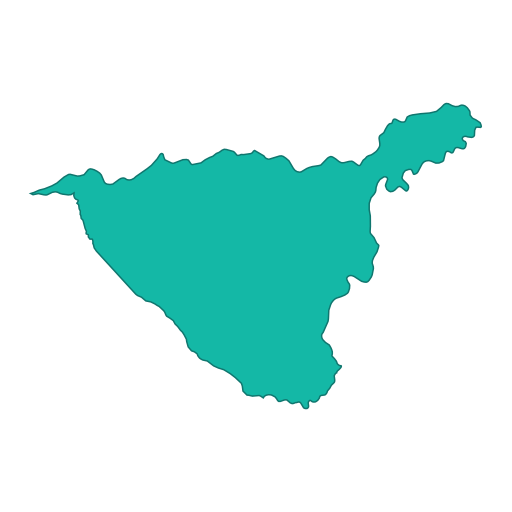 outline of Arenal, Yoro, Honduras
{"feature_id": "27666195B63799157965046", "entity_name": "Arenal", "entity_type": "district", "adm_level": 2, "iso_a3": "HND", "parent_name": "Honduras", "parent_adm1": "Yoro", "projection": "natural_earth1", "projection_center": [-86.801, 15.351], "detail": "fine", "context": "isolated", "style": "filled", "palette": "teal", "viewbox_px": 512, "rotation_deg": 0, "n_neighbors": 0, "source": "geoboundaries", "source_scale": "gbopen_adm2", "svg_char_len": 6066}
<svg xmlns="http://www.w3.org/2000/svg" viewBox="0 0 512 512"><path d="M336.7,372.8L336.8,371.8L337.5,370.9L339.3,369.3L340.9,367.5L341.3,366.6L341.3,366.0L341.0,365.7L340.2,365.7L338.9,365.2L337.7,364.2L337.1,363.4L336.8,362.2L336.2,361.0L334.4,358.6L332.2,356.3L331.9,355.3L332.3,354.1L332.3,351.8L331.7,349.7L330.8,347.6L329.3,345.0L325.5,342.5L323.0,339.9L322.3,338.8L321.8,337.5L321.6,336.1L321.7,334.8L322.1,333.8L323.2,332.3L328.0,321.4L328.4,319.0L328.8,310.2L330.6,304.7L331.5,302.8L333.5,300.2L335.2,298.8L336.5,298.1L341.1,296.6L344.9,295.0L347.5,293.2L348.4,291.9L349.5,288.5L349.7,285.3L349.4,284.1L348.0,282.1L346.9,279.6L346.7,278.2L347.3,277.1L348.3,276.2L349.4,275.7L350.9,275.5L352.2,275.7L354.2,276.5L361.6,281.3L364.1,282.0L366.2,282.2L367.7,281.7L369.1,280.3L371.3,277.0L372.2,274.8L373.4,268.6L373.3,266.7L372.2,263.2L372.4,260.7L373.8,257.2L377.0,251.8L378.4,247.5L378.8,245.7L378.6,245.1L376.6,243.1L374.0,237.6L370.6,233.6L370.3,232.9L370.1,231.4L370.4,226.3L370.3,215.9L369.2,209.7L369.2,204.1L369.3,203.0L371.0,197.8L374.2,194.0L375.4,192.0L375.8,190.5L376.1,187.4L377.5,183.1L379.9,179.5L383.8,176.9L384.8,176.8L385.7,176.9L386.5,177.2L387.1,177.7L387.5,178.5L387.6,179.4L385.7,184.5L385.5,185.9L386.8,189.2L388.7,190.9L390.4,191.7L392.8,191.3L394.8,190.1L397.9,187.0L399.5,186.4L400.4,186.7L401.6,187.4L405.7,190.8L406.7,191.0L407.6,190.2L408.3,188.9L408.6,187.4L408.4,185.9L408.1,185.2L406.6,183.4L402.9,179.8L402.3,178.7L402.0,177.7L403.3,173.1L405.3,170.6L408.8,169.4L410.8,169.4L411.8,170.2L413.5,174.1L414.1,174.3L415.5,173.9L416.8,173.2L417.9,171.9L422.0,164.1L423.4,162.4L424.7,161.5L426.6,160.8L429.0,160.6L431.1,161.1L435.8,163.1L439.0,163.0L442.2,161.7L443.5,160.7L445.3,153.5L445.9,152.2L446.6,151.5L447.4,151.3L448.5,151.4L450.0,152.0L451.2,152.8L451.9,152.9L452.7,152.6L453.2,152.0L454.6,149.0L455.2,148.2L456.0,147.7L457.0,147.5L458.3,147.6L461.5,148.6L462.9,148.8L463.7,148.7L464.5,148.3L465.6,146.7L466.0,144.8L466.2,143.3L465.3,141.6L463.4,140.7L462.6,139.7L462.2,138.6L462.7,137.4L463.7,136.6L465.1,136.3L466.2,136.4L467.8,136.9L471.7,137.4L473.2,136.9L473.9,136.3L474.4,135.5L474.7,130.1L476.0,127.3L477.7,127.1L480.5,127.4L481.1,127.0L481.3,126.4L480.9,124.6L480.1,122.7L475.8,119.8L473.0,118.5L472.1,117.8L470.1,115.1L469.9,111.8L469.5,110.8L467.3,107.8L465.3,106.1L463.7,105.4L461.9,105.1L460.5,105.4L458.3,106.4L455.3,106.6L452.2,105.7L448.3,103.7L446.2,103.5L445.1,103.9L443.9,104.7L441.2,107.5L436.5,111.4L429.7,113.0L420.8,113.7L412.4,114.9L409.5,115.7L407.2,117.0L405.6,120.6L405.0,121.5L404.4,121.9L403.1,122.1L401.3,122.0L399.2,121.2L395.8,119.3L394.6,119.1L393.8,119.3L393.1,120.0L392.0,123.0L391.2,123.5L390.1,123.6L389.2,124.0L387.6,125.6L385.5,129.2L383.8,132.7L380.2,135.4L379.6,136.1L379.2,137.2L379.1,138.6L379.8,143.5L379.8,145.5L379.2,147.3L377.3,150.2L375.9,151.7L372.9,153.9L371.2,154.9L368.4,155.8L366.7,156.8L365.3,158.5L363.2,160.2L360.6,164.6L360.0,165.3L359.4,165.6L358.0,165.3L353.5,162.0L351.9,161.2L349.2,161.4L344.0,162.7L342.3,162.8L341.0,162.6L338.9,161.5L335.8,159.0L333.3,157.4L331.8,156.7L330.5,156.6L329.0,157.2L327.6,158.1L320.8,165.1L318.3,165.7L312.3,166.6L309.2,167.5L306.8,168.5L301.3,171.8L299.6,172.2L296.9,171.6L294.9,170.3L293.3,168.3L288.9,160.8L286.0,158.3L283.4,156.5L281.6,155.9L279.6,156.0L269.4,159.1L268.2,159.2L266.0,158.3L265.1,157.6L264.3,156.4L263.7,155.8L254.6,150.5L253.5,151.1L252.4,152.7L250.8,153.6L243.6,154.6L241.1,154.5L239.1,155.3L237.6,155.4L237.0,155.2L234.4,152.2L233.2,151.4L226.3,149.5L224.2,149.3L222.1,150.2L219.2,152.3L216.3,153.5L212.8,156.3L209.6,157.5L205.2,159.8L201.0,162.9L192.4,164.6L191.6,164.4L190.9,163.8L188.4,160.1L186.4,159.5L182.9,159.7L173.8,163.2L172.7,163.3L171.3,162.9L164.9,159.8L163.8,157.1L163.1,154.4L162.4,153.7L161.6,153.5L160.8,153.8L160.0,154.5L157.2,158.9L151.4,165.4L147.2,168.7L136.0,176.5L133.9,178.4L131.3,179.7L129.6,180.0L128.1,179.9L126.8,179.6L124.8,178.3L123.4,178.0L122.3,178.1L120.8,178.5L119.2,179.4L112.8,184.1L110.1,184.5L107.3,184.2L105.6,183.5L104.3,182.1L101.3,175.0L99.7,173.1L97.1,171.3L94.2,169.8L91.9,169.1L90.2,168.9L89.0,169.3L88.1,169.9L84.1,174.7L79.9,175.9L77.4,176.1L70.1,174.3L68.5,174.5L64.0,177.1L56.9,183.1L51.8,185.9L44.5,188.8L39.3,190.1L33.9,192.5L30.7,193.5L33.0,194.7L38.4,193.6L43.9,194.8L46.1,195.0L47.4,194.7L52.3,192.3L55.4,191.8L57.5,192.2L60.2,193.5L62.4,194.1L68.3,194.9L71.1,194.6L74.0,192.9L73.8,195.7L74.6,197.9L75.7,199.1L77.8,200.0L78.2,200.5L78.1,201.3L76.9,203.2L78.3,204.4L78.7,205.1L79.2,208.9L80.3,211.0L80.2,214.5L80.8,215.4L81.2,218.4L82.8,220.0L83.2,221.0L85.2,228.6L86.3,231.0L86.4,231.9L86.1,232.9L86.2,233.8L88.3,234.8L88.4,235.7L88.3,236.9L89.1,237.9L89.6,238.9L90.1,239.1L92.1,239.1L92.4,239.3L92.9,241.1L92.9,243.7L93.4,244.5L94.2,247.9L96.4,251.1L135.8,294.2L137.5,295.5L141.5,297.2L145.8,300.9L150.8,301.9L154.9,303.9L157.3,305.5L159.1,306.4L163.8,310.8L164.8,312.3L165.9,315.0L166.7,316.2L169.7,318.0L173.3,320.6L175.1,324.0L177.6,326.4L180.5,330.3L182.3,332.0L184.1,334.8L186.4,339.2L186.7,341.6L188.2,346.9L191.5,350.8L194.4,351.8L196.8,353.6L197.4,354.3L197.7,355.5L198.4,356.6L199.6,358.1L201.0,359.1L202.8,360.0L207.3,361.0L213.7,365.9L218.4,368.0L223.8,369.7L230.2,373.6L235.1,377.4L241.4,383.3L242.3,386.0L243.0,391.1L247.0,395.1L248.6,395.2L252.4,396.1L259.2,395.5L260.8,396.2L263.3,397.9L264.3,396.3L266.2,395.2L268.6,394.7L271.1,394.9L271.9,395.2L275.1,396.9L276.7,398.9L277.7,400.6L278.7,401.4L280.3,401.4L284.3,400.0L285.9,399.8L286.9,400.0L290.3,402.9L292.1,403.6L293.2,403.5L295.6,402.6L296.5,402.6L298.4,402.0L299.5,402.1L300.1,402.4L300.8,403.1L303.6,407.8L305.1,408.5L307.0,408.5L307.9,407.9L308.5,406.9L308.6,406.1L308.2,402.8L308.6,401.6L309.4,400.7L309.9,400.4L310.6,400.5L311.9,401.5L313.1,402.0L314.5,402.0L315.6,401.8L317.0,400.9L318.2,399.8L319.3,398.1L319.8,396.5L320.4,395.8L321.3,395.4L324.5,395.0L325.3,394.7L326.1,393.9L326.9,392.7L327.5,390.9L329.7,388.3L331.4,385.2L333.7,383.0L334.4,382.1L334.7,381.1L334.7,379.7L334.2,375.8L335.1,374.0L336.1,373.0L336.7,372.8Z" fill="#14b8a6" stroke="#0f766e" stroke-width="1.5"/></svg>